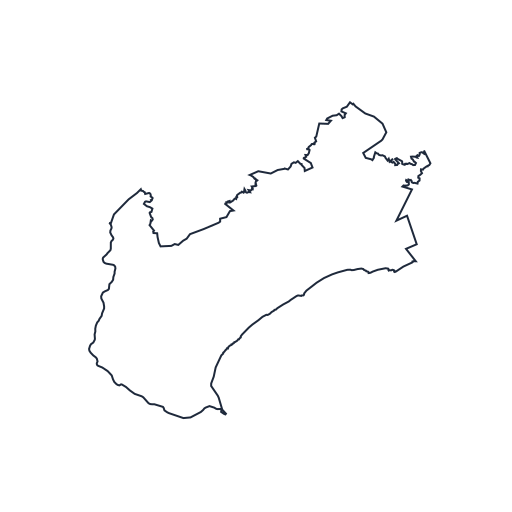 La Unión de Isidoro Montes de Oca, Guerrero, Mexico, rotated 296°
{"feature_id": "50627088B26941201425875", "entity_name": "La Unión de Isidoro Montes de Oca", "entity_type": "district", "adm_level": 2, "iso_a3": "MEX", "parent_name": "Mexico", "parent_adm1": "Guerrero", "projection": "natural_earth1", "projection_center": [-101.827, 18.009], "detail": "fine", "context": "isolated", "style": "outline", "palette": "slate", "viewbox_px": 512, "rotation_deg": 296, "n_neighbors": 0, "source": "geoboundaries", "source_scale": "gbopen_adm2", "svg_char_len": 6124}
<svg xmlns="http://www.w3.org/2000/svg" viewBox="0 0 512 512"><g transform="rotate(296 256 256)"><path d="M221.2,110.3L220.6,111.7L218.6,113.6L217.4,114.0L215.0,114.0L213.2,114.7L211.3,117.1L210.1,119.4L209.1,120.2L207.7,120.2L206.2,119.6L204.5,119.6L198.9,122.3L197.4,122.6L193.2,121.2L192.1,121.1L187.6,119.3L186.6,119.4L185.7,119.8L183.9,121.5L183.4,123.0L183.5,124.8L185.4,131.3L185.5,132.2L184.8,134.0L183.2,135.1L179.9,135.8L178.2,136.6L174.6,137.0L172.0,138.0L169.5,137.7L166.4,136.6L162.0,138.2L160.5,137.8L157.9,135.6L156.0,134.4L151.9,134.5L150.0,135.6L147.2,139.4L144.1,141.6L142.2,142.5L137.0,142.8L134.5,143.5L130.8,142.9L128.8,143.0L126.7,142.4L123.2,142.6L120.2,143.4L117.7,144.7L114.8,145.3L111.0,147.5L110.0,147.8L106.9,147.7L104.3,146.3L102.5,146.2L99.3,146.7L97.8,147.8L96.6,149.8L95.3,153.3L94.7,156.4L94.0,157.9L91.8,159.8L89.8,159.9L88.7,160.6L88.2,161.4L88.1,162.3L88.4,166.7L87.5,173.2L85.4,178.7L82.5,181.5L80.7,183.8L79.7,186.6L79.5,188.1L79.8,189.9L81.5,191.0L81.7,191.8L81.3,196.5L79.9,201.5L78.9,207.4L79.8,214.7L79.6,216.6L77.2,222.4L76.6,223.9L76.5,225.3L76.8,226.7L78.2,229.7L79.6,238.5L79.0,239.6L77.1,241.4L76.6,244.7L76.6,246.6L78.5,261.8L82.2,267.9L91.6,274.8L94.5,276.0L96.4,276.4L97.8,277.3L100.7,280.0L101.4,284.9L101.2,287.3L101.5,288.5L103.1,291.5L102.5,292.4L100.6,293.0L100.1,296.3L100.2,297.9L101.1,298.1L103.1,293.0L112.3,284.6L113.7,282.9L119.5,272.7L121.8,271.6L129.0,270.9L138.2,268.6L151.5,268.4L153.9,269.3L154.7,268.9L156.1,269.5L158.3,269.9L159.0,270.4L160.3,270.3L160.7,270.7L160.7,271.3L162.3,271.1L163.8,271.7L165.3,272.9L165.8,272.7L166.3,273.4L167.2,273.5L167.5,274.0L168.5,274.4L169.1,274.3L169.5,274.9L171.6,276.2L173.4,276.6L173.6,277.2L175.0,277.4L176.1,278.0L177.1,277.5L179.3,277.9L188.4,280.9L192.8,282.8L199.3,286.3L204.2,288.5L207.7,291.1L208.1,292.3L210.0,293.7L212.5,294.6L214.7,296.1L215.7,296.2L216.4,297.3L218.5,298.1L224.4,301.7L229.5,305.4L231.7,306.4L237.8,310.0L239.0,311.1L240.0,314.2L240.5,314.3L241.4,315.9L242.3,316.1L243.5,315.7L247.0,316.5L258.6,322.2L266.0,326.8L272.9,332.5L277.2,336.8L283.6,344.1L285.0,346.7L285.2,348.2L286.3,350.1L288.7,352.9L290.9,356.2L291.3,358.2L290.8,359.3L291.0,361.3L290.6,361.8L291.0,363.5L290.8,364.2L290.0,364.7L290.1,364.9L291.2,366.3L293.2,367.8L297.0,371.5L301.8,377.8L302.6,380.3L302.5,380.6L301.3,381.3L301.1,381.7L301.7,382.0L302.3,383.7L303.4,384.6L303.7,386.1L303.5,386.8L302.5,387.0L302.4,387.7L303.4,388.6L311.1,393.1L318.6,399.2L319.3,399.5L319.7,399.1L320.3,399.7L321.3,401.9L328.2,387.7L337.0,395.3L358.4,374.1L349.3,366.7L384.2,367.0L382.6,357.2L384.1,357.7L384.3,358.5L385.8,361.3L387.3,362.0L389.4,360.9L388.7,359.1L389.5,357.8L390.1,357.7L390.0,358.6L390.3,359.5L391.6,359.4L391.7,361.4L392.2,361.8L391.6,363.0L390.6,363.7L390.5,364.3L390.6,365.5L391.2,366.2L391.9,369.4L393.6,368.9L395.5,369.9L397.5,369.0L397.5,367.5L399.1,366.9L401.1,368.1L403.2,368.9L404.6,367.0L406.2,366.3L406.8,368.2L408.0,368.3L411.2,370.0L411.8,370.9L412.2,370.7L413.7,371.9L415.8,372.1L424.5,360.7L422.1,363.2L421.5,362.8L421.8,361.0L422.2,360.6L421.8,359.2L420.4,357.9L419.0,358.6L417.4,358.6L417.2,358.3L417.4,356.9L416.1,356.4L415.1,357.8L414.9,357.0L415.2,356.1L414.1,353.3L413.2,351.8L411.7,353.1L411.5,354.6L410.1,356.6L410.3,357.0L409.7,359.0L407.5,359.0L406.6,357.4L406.9,355.9L406.6,354.5L406.8,353.2L405.1,351.8L404.9,350.9L404.7,351.0L404.2,349.8L403.7,350.0L403.2,349.7L403.3,349.0L402.9,348.5L402.9,347.0L404.9,346.0L405.2,345.6L405.4,340.4L405.7,339.7L404.3,338.5L403.9,338.7L402.0,343.8L401.0,343.1L399.7,343.0L398.7,341.3L399.9,340.8L400.9,338.4L399.8,337.8L399.7,335.4L403.5,336.5L399.3,334.7L401.5,332.7L399.5,332.4L401.1,329.2L402.0,328.3L402.0,325.5L401.2,324.3L400.8,322.5L400.9,321.8L401.5,320.9L401.2,319.4L401.5,317.8L396.7,318.5L396.0,318.9L393.2,318.6L393.4,317.1L392.3,311.6L395.6,307.2L414.5,318.0L416.2,318.6L424.3,318.9L430.4,311.7L433.0,300.9L432.0,291.7L434.1,279.9L435.5,276.8L434.7,276.5L435.3,273.1L430.0,272.2L426.8,269.3L425.3,268.7L423.4,269.4L423.6,274.2L421.7,273.8L419.6,274.9L417.9,273.4L419.2,271.5L420.3,268.2L417.9,266.8L415.7,263.4L410.8,259.7L409.0,259.6L410.4,264.0L406.4,262.9L402.8,254.8L389.8,257.8L388.1,257.1L385.4,259.8L383.5,258.8L382.6,259.6L382.1,259.6L381.8,259.1L381.7,258.0L381.0,257.0L379.8,256.9L377.1,255.6L375.4,255.7L374.7,255.0L374.4,255.2L375.1,257.1L374.8,257.7L371.5,258.4L369.3,258.1L368.5,256.2L367.2,257.6L366.3,257.1L365.3,256.1L364.8,256.0L364.5,256.2L363.6,264.5L360.3,268.0L353.8,262.6L356.4,261.0L357.8,257.1L358.6,256.7L358.3,255.5L359.6,252.0L357.1,250.8L356.8,249.0L354.4,247.5L351.6,247.9L347.8,246.8L347.2,243.4L346.8,243.3L342.8,237.8L336.6,233.1L333.2,220.9L326.1,214.9L326.2,216.3L325.8,219.1L324.8,220.9L324.8,221.4L325.2,221.6L324.7,222.7L324.6,224.0L324.0,223.8L323.6,223.1L321.5,223.5L321.3,223.9L320.5,224.0L320.4,224.6L319.7,224.6L319.3,225.4L319.1,225.3L319.3,224.8L318.6,224.8L316.8,222.0L316.7,222.3L316.4,222.0L315.7,222.9L315.2,222.8L314.9,223.7L314.4,223.8L314.3,223.2L312.6,222.6L312.0,220.5L310.7,222.6L310.2,221.1L309.3,220.6L308.8,219.6L309.1,218.5L310.2,217.7L311.1,216.3L308.1,217.2L307.5,217.1L307.6,215.1L306.6,214.9L306.0,214.1L302.7,212.4L302.0,212.3L300.6,213.4L300.1,213.2L300.0,212.5L298.6,213.1L298.6,212.3L298.2,211.7L295.8,211.1L292.8,209.3L292.5,208.8L293.9,208.1L292.6,206.7L291.7,206.9L291.3,205.8L289.9,206.5L289.5,206.2L289.5,205.5L289.3,205.5L287.0,215.8L284.9,212.9L278.0,212.4L273.8,207.4L271.2,208.7L269.5,207.8L257.3,197.2L246.7,187.1L241.2,186.1L237.8,183.8L231.9,181.3L231.1,177.7L228.0,175.5L222.8,166.0L225.1,163.0L229.9,159.2L233.1,157.2L231.7,153.8L232.9,152.9L234.1,153.2L237.1,146.8L238.7,146.9L241.8,145.9L241.6,146.8L243.5,147.2L244.6,146.3L245.1,144.6L248.1,141.5L248.7,141.5L249.8,142.7L253.2,142.1L253.4,139.2L252.9,136.1L253.7,132.4L256.1,132.5L256.9,133.2L257.9,136.9L260.1,137.8L260.4,137.3L260.8,137.8L262.7,137.7L263.0,137.4L263.3,135.2L264.5,134.8L265.7,133.6L265.8,132.3L263.2,129.2L264.5,128.1L264.5,127.0L264.9,125.9L264.4,124.2L265.5,123.2L260.4,121.4L251.1,116.7L231.1,110.1L221.8,111.2L221.6,110.3L221.2,110.3Z" fill="none" stroke="#1e293b" stroke-width="2"/></g></svg>